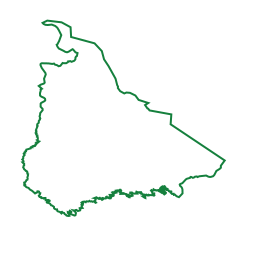 the district of Mateiros, Tocantins, Brazil, rotated 278°
{"feature_id": "56859067B75017008112328", "entity_name": "Mateiros", "entity_type": "district", "adm_level": 2, "iso_a3": "BRA", "parent_name": "Brazil", "parent_adm1": "Tocantins", "projection": "equal_earth", "projection_center": [-46.657, -10.707], "detail": "fine", "context": "isolated", "style": "outline", "palette": "green", "viewbox_px": 256, "rotation_deg": 278, "n_neighbors": 0, "source": "geoboundaries", "source_scale": "gbopen_adm2", "svg_char_len": 5538}
<svg xmlns="http://www.w3.org/2000/svg" viewBox="0 0 256 256"><g transform="rotate(278 128 128)"><path d="M90.1,205.3L91.8,212.0L91.0,214.3L90.9,215.7L91.1,216.8L92.1,219.0L93.5,220.0L97.8,221.5L100.2,224.4L101.6,225.5L103.6,225.2L109.3,228.3L137.6,169.7L147.5,169.0L148.4,146.9L150.0,145.2L150.1,144.5L153.1,141.7L155.6,144.6L157.3,134.6L161.2,130.8L163.1,125.1L162.9,121.5L161.7,119.5L163.4,115.1L166.2,112.4L167.7,112.3L168.8,111.4L175.1,108.8L186.6,100.1L192.7,94.7L200.5,91.4L207.2,83.1L210.2,59.0L219.8,57.1L223.4,47.5L223.1,33.1L220.2,28.8L219.3,29.9L218.7,31.8L218.8,34.1L219.8,38.1L218.9,41.8L217.5,44.0L215.2,45.9L210.7,49.0L204.6,47.7L201.0,46.4L200.5,45.8L198.9,46.7L197.1,48.4L195.4,53.6L194.7,55.2L194.5,57.1L195.3,58.6L198.3,62.1L198.1,62.7L195.6,65.5L195.2,67.6L192.2,67.4L191.6,66.7L190.6,66.2L188.6,66.3L187.1,65.4L185.7,62.9L186.2,61.4L185.7,60.4L185.7,59.5L184.8,59.3L183.6,57.8L183.2,55.2L183.3,54.2L180.2,52.4L179.5,50.7L180.3,49.1L180.6,46.8L181.5,45.8L180.9,44.1L180.9,40.2L180.1,33.6L179.5,32.7L179.1,32.5L178.1,32.6L175.5,34.2L170.9,38.6L169.5,39.1L165.1,38.0L161.3,39.2L160.3,38.5L158.8,35.6L157.2,33.8L154.9,37.3L154.0,36.1L153.0,36.4L150.3,36.0L147.9,36.4L147.0,37.8L146.2,40.6L145.4,41.8L144.0,42.2L143.1,41.7L140.7,38.5L139.9,38.1L136.9,38.5L135.0,40.8L133.8,41.0L130.5,39.0L128.6,39.1L127.3,38.8L125.2,39.8L124.7,39.4L124.1,39.6L122.6,38.7L120.8,38.9L119.1,37.6L117.4,37.7L117.3,38.2L113.0,37.1L112.2,37.8L111.5,37.4L110.3,38.1L110.0,37.5L109.5,38.1L109.0,37.9L108.1,38.6L108.1,39.3L107.4,39.5L106.6,39.1L106.2,39.9L104.5,40.3L103.8,40.2L103.4,39.6L102.4,41.2L102.3,41.9L101.1,40.9L101.0,39.3L100.6,39.0L100.2,40.0L98.9,39.2L98.7,38.7L98.2,38.9L97.3,38.5L97.1,38.0L97.5,37.9L96.7,36.0L95.6,36.1L95.6,34.7L95.2,34.3L94.3,34.5L92.4,30.3L90.9,30.3L90.9,29.7L90.1,29.5L89.6,29.0L89.1,29.4L88.9,28.9L88.0,28.3L86.9,29.4L85.0,28.2L83.4,28.5L82.1,27.7L81.7,28.4L80.5,29.2L79.7,28.9L79.4,28.2L78.4,29.4L78.3,30.1L76.5,30.4L76.2,29.9L74.3,29.7L73.7,30.4L72.7,30.9L71.9,32.3L71.3,32.7L71.2,33.7L70.2,34.6L69.7,34.4L68.8,34.7L68.4,35.5L67.7,35.3L66.9,35.6L65.2,35.2L63.9,35.7L62.8,35.6L62.2,34.6L60.8,34.3L60.6,33.9L59.5,33.4L59.4,32.8L58.9,32.9L57.9,33.9L57.1,33.1L56.5,33.5L56.3,34.6L55.5,35.2L55.2,35.9L54.8,37.9L53.5,39.3L52.4,41.9L50.3,45.0L50.9,45.4L51.1,46.5L51.7,47.0L52.7,47.1L52.8,47.8L52.6,48.8L51.3,49.3L51.2,50.2L49.9,50.0L48.5,49.1L47.8,49.6L47.4,50.2L47.5,51.6L46.8,51.6L46.5,52.2L47.1,55.3L46.6,55.2L46.9,56.1L45.0,56.5L45.7,59.2L45.2,60.5L44.7,60.5L43.5,58.0L43.1,57.9L42.7,58.4L42.8,59.5L42.1,61.5L40.8,62.5L40.8,63.2L39.7,65.6L38.2,66.0L37.8,66.5L37.3,68.1L37.5,69.1L36.2,69.4L35.7,70.1L35.4,72.2L34.1,74.0L34.5,74.3L35.5,73.7L35.8,74.3L35.1,75.1L35.0,76.5L33.9,77.3L33.5,78.6L32.9,79.0L32.6,79.8L32.6,81.4L32.9,82.3L34.1,81.9L35.5,80.3L36.3,80.1L36.0,81.3L37.9,81.8L37.3,83.5L36.7,83.5L36.0,82.6L35.0,82.8L34.0,86.5L33.9,87.4L34.3,88.1L36.6,88.3L37.6,87.4L38.8,85.6L38.7,87.2L39.4,87.4L39.7,88.3L38.8,89.9L39.8,92.1L41.1,92.2L41.5,91.4L41.9,91.3L42.5,94.1L43.0,93.7L43.1,93.2L43.5,93.4L44.2,92.8L44.6,92.9L45.4,93.9L46.7,94.0L46.5,92.9L47.2,93.2L47.7,92.4L48.5,93.2L49.1,95.0L48.6,96.5L49.6,97.0L49.7,99.1L50.5,100.0L50.1,100.5L50.0,101.4L50.4,102.2L50.0,103.2L50.5,104.1L50.2,105.1L49.4,106.2L49.7,106.7L50.7,105.5L51.3,105.7L51.6,105.3L52.9,106.0L53.8,105.5L53.9,104.4L55.0,106.4L54.0,108.2L53.7,109.2L53.9,109.9L54.7,109.3L55.0,109.8L53.2,112.3L53.6,112.8L54.6,111.6L55.2,112.6L54.9,114.2L55.1,115.8L55.5,116.1L56.6,115.9L57.0,116.5L56.5,116.8L56.6,118.2L56.0,117.8L55.7,119.8L56.0,120.7L56.7,120.9L56.8,120.1L57.5,120.2L59.2,119.2L59.4,120.4L58.7,121.2L58.5,122.4L58.8,123.1L59.3,123.2L59.6,121.8L61.0,123.1L61.0,122.0L61.6,122.1L62.1,121.4L62.4,121.9L62.2,122.8L62.4,123.7L62.0,124.6L62.3,125.3L63.0,124.6L63.1,125.7L63.5,126.0L63.7,125.1L64.3,124.7L64.8,126.3L64.7,127.3L65.8,128.6L65.8,129.3L65.0,129.9L64.1,128.6L63.7,129.8L63.3,130.2L62.8,129.4L62.5,130.1L61.7,129.8L62.1,132.3L62.8,132.1L62.9,132.8L62.3,134.1L62.4,135.3L62.0,136.4L61.3,135.7L60.4,136.4L60.2,137.5L59.6,138.5L59.6,139.3L60.4,139.3L61.4,137.4L61.9,137.5L62.0,138.1L61.1,138.9L61.0,139.6L61.1,141.8L61.3,141.3L61.6,141.9L62.8,140.7L63.2,141.2L63.9,139.2L64.4,139.2L64.7,140.9L63.8,142.4L64.3,146.2L65.7,145.1L66.1,145.2L65.7,146.5L66.3,149.9L65.9,150.2L65.4,149.1L65.3,149.9L64.8,150.0L64.5,151.8L64.2,151.9L64.3,153.2L62.5,153.6L62.2,152.3L61.3,154.1L61.1,154.9L63.1,154.4L64.3,154.8L64.6,155.5L63.9,156.4L64.0,157.4L64.4,157.2L64.8,157.5L64.6,158.6L64.9,162.0L64.6,163.1L65.0,163.4L65.6,162.5L66.4,163.2L66.9,163.1L66.8,162.3L66.3,161.5L68.6,160.4L69.2,159.5L69.8,159.9L69.4,161.0L69.6,161.8L70.8,161.9L70.1,163.4L70.4,164.1L70.0,164.7L70.8,166.6L70.9,167.5L70.4,167.9L70.4,168.6L70.0,169.0L69.5,168.2L69.1,169.5L68.5,170.3L68.5,171.4L69.1,171.1L69.1,172.3L68.6,172.8L67.8,172.5L67.3,173.2L68.6,174.5L69.1,174.5L69.3,173.6L69.8,173.6L70.5,172.5L70.4,171.7L70.8,170.9L70.7,170.0L72.7,168.2L74.2,169.3L73.0,170.5L73.4,170.9L74.1,170.5L75.1,170.7L75.0,171.5L75.5,172.3L74.7,173.1L73.8,172.2L73.8,172.8L73.3,173.0L72.4,172.3L72.3,172.8L73.0,173.6L73.4,174.8L73.2,175.4L72.7,175.1L72.1,174.3L71.9,174.9L72.0,176.5L71.8,177.0L71.1,177.3L71.0,177.9L71.2,179.7L70.7,179.9L69.9,179.3L68.8,180.8L69.2,182.3L68.2,182.7L68.6,183.6L67.2,185.6L66.6,188.1L70.8,191.1L74.6,190.5L76.0,189.9L77.3,188.8L78.0,187.6L79.2,187.1L79.8,187.5L80.9,189.5L85.2,192.5L86.0,193.5L87.2,196.3L87.9,196.5L88.3,196.9L88.3,197.5L87.7,199.1L88.1,200.1L89.1,201.1L89.6,202.9L89.1,203.7L90.1,205.3Z" fill="none" stroke="#15803d" stroke-width="2"/></g></svg>